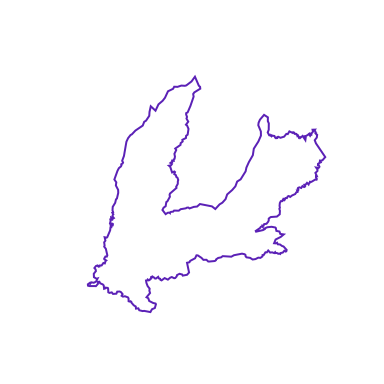 the district of Totutla, Veracruz, Mexico, rotated 329°
{"feature_id": "50627088B19738638241158", "entity_name": "Totutla", "entity_type": "district", "adm_level": 2, "iso_a3": "MEX", "parent_name": "Mexico", "parent_adm1": "Veracruz", "projection": "robinson", "projection_center": [-96.892, 19.232], "detail": "fine", "context": "isolated", "style": "outline", "palette": "violet", "viewbox_px": 384, "rotation_deg": 329, "n_neighbors": 0, "source": "geoboundaries", "source_scale": "gbopen_adm2", "svg_char_len": 6071}
<svg xmlns="http://www.w3.org/2000/svg" viewBox="0 0 384 384"><g transform="rotate(329 192 192)"><path d="M295.5,167.1L293.5,163.0L287.5,165.0L284.8,166.9L283.2,168.9L282.2,175.6L280.1,179.2L274.9,182.9L267.3,186.7L263.1,191.8L256.1,195.7L251.2,199.1L248.6,201.9L240.2,206.2L236.1,206.3L232.1,209.5L227.5,211.0L220.9,212.2L217.1,215.4L212.5,216.8L209.3,216.8L203.2,218.6L201.7,214.6L192.6,206.4L188.9,207.1L185.9,205.7L181.4,204.8L180.9,203.5L179.6,202.8L178.3,202.8L173.4,200.9L171.1,201.2L167.0,198.7L165.7,199.1L163.7,198.2L162.5,198.2L162.2,198.7L161.8,197.9L160.5,197.3L158.0,197.4L157.4,192.2L159.6,190.8L162.1,190.6L164.8,187.4L166.1,187.3L170.6,184.7L171.3,182.9L172.3,182.0L180.8,180.5L181.1,179.4L184.0,177.7L185.4,175.5L186.4,174.6L186.9,172.2L186.3,170.9L186.9,169.4L186.0,167.5L187.7,166.2L187.4,165.3L185.0,165.0L186.3,159.2L185.8,157.6L187.7,158.3L188.9,157.9L189.0,156.9L188.5,156.0L189.4,155.9L190.2,156.5L191.1,154.9L192.4,155.9L193.0,154.7L194.1,154.6L195.6,152.9L196.6,150.2L200.1,147.9L200.0,146.1L206.4,145.7L207.4,144.3L210.0,143.9L210.6,142.3L214.6,142.6L215.9,140.8L217.8,140.6L221.5,136.1L222.0,132.6L221.5,131.2L225.0,129.8L225.1,126.2L226.4,125.1L226.9,122.5L227.6,121.4L229.3,121.5L235.0,117.4L242.5,111.1L243.5,108.6L245.3,107.8L252.3,107.7L253.1,106.0L252.6,104.4L253.9,94.7L248.5,97.0L242.0,97.7L240.6,97.3L237.7,95.3L233.7,94.4L231.0,92.6L228.9,93.8L223.3,93.3L217.4,97.3L213.8,98.7L208.4,99.6L202.6,103.5L200.8,97.3L196.8,101.5L194.6,104.7L189.3,107.2L187.2,107.2L184.0,109.7L175.1,110.2L170.2,111.6L168.7,111.5L165.0,112.9L161.7,115.1L152.2,126.1L148.2,129.3L148.1,131.2L147.2,131.8L145.6,131.8L145.2,132.9L144.2,133.5L141.6,133.9L139.0,135.5L131.9,141.3L132.1,144.7L130.1,147.2L129.8,152.1L128.3,154.8L124.3,158.9L123.0,159.2L120.6,161.7L116.4,163.9L114.4,166.8L114.0,168.7L113.0,168.7L113.1,170.6L111.9,171.1L111.3,172.2L111.6,174.1L110.9,174.1L109.6,172.1L109.2,172.8L109.8,174.3L109.4,174.7L107.8,173.6L107.4,174.8L105.4,176.8L105.5,177.5L106.2,178.0L107.1,177.8L107.7,178.5L107.3,179.4L106.5,179.9L105.0,179.1L104.6,180.6L103.9,180.3L102.1,182.7L96.2,187.0L95.3,187.2L93.8,185.8L92.7,189.1L90.8,189.9L89.5,192.9L88.6,193.6L88.9,196.3L86.8,202.7L85.7,203.5L84.6,202.7L82.4,203.9L82.2,204.5L83.2,206.5L82.4,206.6L80.5,208.3L79.5,207.2L76.7,208.4L75.1,207.5L74.4,208.1L73.5,206.8L73.2,207.2L72.8,206.2L71.5,206.0L69.2,206.9L69.5,208.7L68.9,210.3L65.7,211.5L64.1,214.5L65.6,217.3L66.5,217.5L63.6,219.4L61.1,219.2L59.2,217.6L57.5,218.2L57.6,217.3L55.2,217.5L54.6,218.7L55.5,219.7L61.2,223.2L64.0,222.3L65.2,220.7L66.4,221.2L66.3,223.0L67.9,225.2L68.2,226.6L66.8,229.7L68.2,230.0L68.7,229.5L70.4,230.8L70.3,231.7L68.6,234.9L69.3,236.0L71.5,236.7L71.8,238.7L74.8,240.2L76.6,238.9L78.8,240.1L79.6,241.4L79.9,243.8L78.2,244.7L78.9,246.1L80.8,246.8L82.8,249.3L82.8,250.5L81.4,253.0L82.1,253.8L83.1,254.0L83.4,255.0L83.1,255.5L83.7,259.1L84.8,261.2L83.9,263.1L86.1,264.1L85.9,266.2L88.3,268.6L89.8,269.3L94.5,273.5L97.3,271.9L100.4,272.3L103.3,269.6L103.3,268.8L101.6,267.2L99.2,263.4L99.8,260.5L98.8,258.8L104.0,257.0L104.6,254.7L105.9,253.0L105.5,249.8L106.1,246.5L107.0,244.2L108.2,244.7L108.9,244.2L109.4,245.5L110.4,245.6L110.7,245.2L112.1,245.2L113.2,243.8L114.4,244.0L114.1,244.8L115.2,245.2L115.8,247.2L116.5,247.6L119.3,247.3L119.1,249.0L120.0,250.0L119.7,251.1L120.4,252.1L124.2,251.7L126.2,254.7L129.2,254.2L130.9,254.5L132.3,256.7L133.3,257.1L135.3,256.5L136.4,255.5L139.2,255.7L141.1,257.7L141.0,258.9L145.1,260.4L148.0,259.5L151.3,250.1L153.6,250.9L155.0,250.1L160.5,250.4L163.2,248.6L164.3,249.3L166.2,253.3L166.8,256.0L169.5,257.6L170.1,259.9L170.8,260.4L176.0,262.9L177.4,262.8L177.9,262.2L180.5,262.0L183.2,263.0L185.3,262.8L192.4,267.7L195.4,267.8L203.1,270.6L205.1,272.5L205.4,273.6L204.8,274.8L205.1,276.1L207.9,278.4L209.2,281.1L211.9,282.2L215.0,282.4L216.7,283.7L219.2,283.5L220.0,282.4L221.1,282.9L223.9,281.5L225.1,282.3L227.2,281.4L227.8,284.2L229.6,285.0L230.9,286.6L232.2,286.4L232.0,287.3L233.3,287.9L234.1,289.4L235.0,289.6L235.7,290.6L236.7,290.0L238.6,290.7L240.9,289.9L241.6,291.3L242.3,291.4L243.3,290.4L242.4,285.8L241.4,284.7L240.4,282.3L238.6,281.0L238.8,279.3L237.4,279.2L236.0,278.2L239.2,275.8L244.9,276.2L248.8,275.6L246.1,273.4L246.6,270.9L244.3,268.8L245.3,266.0L245.1,265.3L242.3,262.8L238.4,261.0L235.8,260.7L235.4,261.3L233.2,261.2L226.5,259.0L226.6,258.2L231.8,257.9L233.0,257.3L234.4,257.4L234.6,258.2L235.1,257.0L236.0,257.7L237.3,256.7L239.5,257.6L242.0,256.7L243.2,255.8L244.0,254.4L245.2,254.1L246.8,254.1L252.1,256.8L255.7,256.3L257.7,253.4L258.2,251.4L259.2,250.8L259.9,249.0L261.6,246.7L263.4,245.6L264.6,246.3L265.6,245.6L266.0,246.0L266.9,244.9L267.3,245.1L267.4,246.4L269.1,245.4L270.2,246.1L271.7,245.1L272.9,245.3L273.6,246.8L276.0,246.5L279.4,246.9L281.2,246.0L282.4,246.3L282.8,245.0L283.3,245.6L283.7,245.5L284.4,244.8L284.5,243.4L285.1,243.1L286.4,243.3L287.7,244.8L289.7,243.8L290.6,245.5L291.4,245.6L291.9,245.4L292.1,243.7L293.2,244.2L295.3,243.4L295.8,245.6L297.0,244.7L297.9,244.7L298.4,244.0L299.5,244.8L304.0,244.8L305.1,245.6L305.7,245.1L305.8,243.3L306.5,242.2L307.2,242.7L307.6,239.2L310.3,238.6L311.1,237.5L311.0,235.0L312.7,236.5L313.7,236.4L314.3,235.9L314.5,233.8L313.9,233.7L314.5,232.8L316.4,232.7L317.1,231.9L317.1,232.8L317.8,232.9L318.1,231.2L320.1,232.0L324.2,230.7L323.3,214.1L323.9,210.8L327.0,209.6L328.7,207.5L328.2,206.5L328.7,205.6L328.1,205.1L329.0,203.6L328.8,202.0L329.4,201.8L327.4,200.7L327.0,201.9L327.6,202.3L324.5,203.4L324.0,204.1L323.2,202.4L322.4,202.4L322.6,204.5L322.2,204.7L322.1,203.1L321.5,202.7L318.7,202.7L317.1,202.1L316.6,202.4L317.5,203.9L315.9,205.9L315.7,200.9L312.5,201.4L312.6,200.6L311.6,200.6L312.0,198.3L311.2,198.3L311.6,197.0L311.2,196.7L311.3,195.9L310.0,195.1L310.2,193.8L309.5,192.9L308.8,193.3L306.7,190.2L303.9,191.7L302.8,190.8L299.5,192.0L295.8,191.1L294.3,189.0L292.9,188.9L292.7,189.6L291.6,189.1L291.3,188.3L291.5,186.4L289.9,185.1L289.1,185.2L289.3,184.3L288.2,184.1L288.3,183.1L287.4,182.9L287.6,179.9L289.8,178.2L293.2,172.7L293.5,170.3L295.5,167.1Z" fill="none" stroke="#5b21b6" stroke-width="2"/></g></svg>